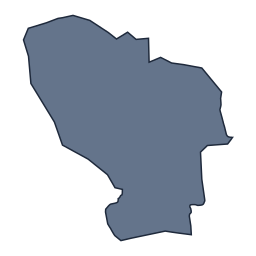 outline of Jargalant, Töv, Mongolia
{"feature_id": "93677404B67634145299638", "entity_name": "Jargalant", "entity_type": "district", "adm_level": 2, "iso_a3": "MNG", "parent_name": "Mongolia", "parent_adm1": "Töv", "projection": "robinson", "projection_center": [105.903, 48.555], "detail": "fine", "context": "isolated", "style": "filled", "palette": "slate", "viewbox_px": 256, "rotation_deg": 0, "n_neighbors": 0, "source": "geoboundaries", "source_scale": "gbopen_adm2", "svg_char_len": 1754}
<svg xmlns="http://www.w3.org/2000/svg" viewBox="0 0 256 256"><path d="M191.3,234.7L190.8,225.9L189.3,216.1L189.5,214.7L189.7,214.0L190.3,213.5L190.7,213.0L191.1,212.6L191.2,211.1L190.7,208.5L189.9,207.1L189.8,206.2L190.0,205.4L190.4,204.9L191.2,204.7L191.8,204.7L192.4,204.6L193.4,204.6L194.4,204.6L195.6,204.7L196.8,205.1L197.7,205.4L199.3,205.3L201.1,205.1L202.3,204.8L203.2,204.2L203.6,203.6L203.9,203.1L204.0,202.6L204.2,202.3L204.4,201.7L204.8,200.9L204.7,199.4L201.8,179.2L200.5,152.1L207.4,145.5L227.6,144.0L230.6,140.1L232.5,137.4L232.0,137.4L231.6,137.3L230.9,137.3L230.0,137.2L229.0,137.0L228.0,136.6L227.5,136.2L227.2,135.9L226.8,135.3L226.5,134.7L226.3,134.2L225.9,132.5L225.6,131.3L225.3,130.1L224.8,128.0L224.3,126.1L223.8,124.6L223.6,123.8L223.3,122.9L223.2,122.1L222.9,121.2L222.6,120.0L222.1,118.0L221.6,116.2L220.9,113.6L220.4,111.9L220.0,110.2L219.9,109.6L220.3,108.1L220.7,106.5L221.0,104.9L220.9,102.3L220.8,101.1L220.7,99.5L220.6,98.4L221.6,92.0L201.8,68.0L183.5,64.6L171.6,63.0L160.6,57.4L149.1,62.2L148.5,38.3L136.1,39.4L127.6,32.2L116.5,39.0L108.4,32.6L89.8,20.4L73.0,15.4L62.6,17.7L58.0,18.4L46.4,22.8L28.3,28.3L23.5,39.9L28.5,56.2L30.9,83.5L54.4,122.0L62.5,145.1L88.1,159.1L107.5,174.7L115.0,187.7L122.4,189.4L122.3,193.2L122.0,194.8L121.4,195.1L120.8,195.5L120.5,195.8L120.3,196.3L120.0,196.9L119.3,197.7L118.9,198.2L118.6,198.5L118.2,198.6L118.2,199.8L118.0,201.4L117.7,202.0L116.7,202.7L115.0,203.2L110.7,204.1L109.9,204.6L108.7,205.7L105.7,209.2L105.5,212.0L107.7,223.7L108.0,224.4L108.5,225.1L108.8,225.7L109.2,226.3L109.6,227.0L110.5,228.3L111.6,230.4L112.2,231.4L113.6,233.8L114.8,235.6L120.9,240.6L131.2,238.2L165.2,231.1L171.7,232.1L178.1,233.0L191.3,234.7Z" fill="#64748b" stroke="#1e293b" stroke-width="1.5"/></svg>